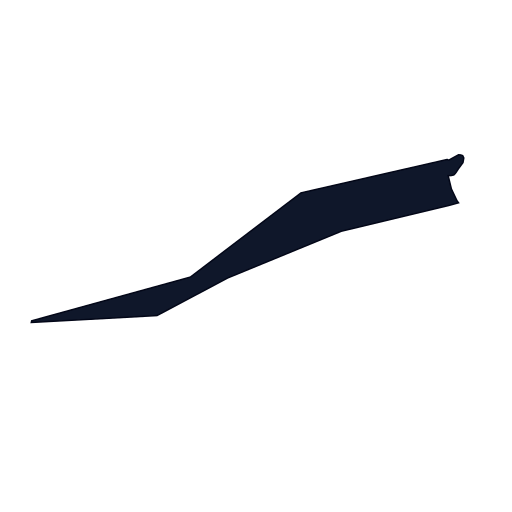 27, Ad Dawhah, Qatar (Robinson projection), rotated 62°
{"feature_id": "91078587B74870148919967", "entity_name": "27", "entity_type": "district", "adm_level": 2, "iso_a3": "QAT", "parent_name": "Qatar", "parent_adm1": "Ad Dawhah", "projection": "robinson", "projection_center": [51.555, 25.278], "detail": "fine", "context": "isolated", "style": "filled", "palette": "ink", "viewbox_px": 512, "rotation_deg": 62, "n_neighbors": 0, "source": "geoboundaries", "source_scale": "gbopen_adm2", "svg_char_len": 487}
<svg xmlns="http://www.w3.org/2000/svg" viewBox="0 0 512 512"><g transform="rotate(62 256 256)"><path d="M209.2,485.6L262.1,371.4L262.1,291.3L274.2,169.0L302.2,60.8L304.1,52.2L301.4,52.6L288.5,52.0L275.2,48.6L276.5,46.2L277.3,43.3L276.7,41.4L275.9,39.7L274.1,36.5L270.7,29.4L267.0,26.5L264.8,26.4L264.4,26.4L262.9,27.8L261.7,29.6L261.8,37.5L261.9,40.8L260.5,41.9L221.4,186.6L236.5,279.3L243.8,323.8L207.9,484.5L209.2,485.6Z" fill="#0f172a" stroke="#020617" stroke-width="1.5"/></g></svg>